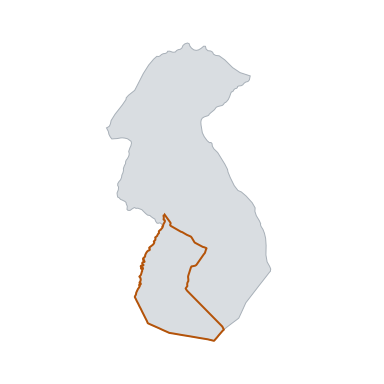 Alto Paraguay highlighted on a map of Paraguay, rotated 205°
{"feature_id": "PRY-597", "entity_name": "Alto Paraguay", "entity_type": "Department", "adm_level": 1, "iso_a3": "PRY", "parent_name": "Paraguay", "parent_adm1": "", "projection": "equal_earth", "projection_center": [-58.696, -20.855], "detail": "fine", "context": "in_parent", "style": "outline", "palette": "amber", "viewbox_px": 384, "rotation_deg": 205, "n_neighbors": 0, "source": "natural_earth", "source_scale": "10m", "svg_char_len": 6267}
<svg xmlns="http://www.w3.org/2000/svg" viewBox="0 0 384 384"><g transform="rotate(205 192 192)"><path d="M199.6,84.0L200.1,86.5L200.5,88.4L201.3,89.7L202.1,91.5L203.0,92.5L203.5,94.2L203.4,96.0L203.7,98.5L204.1,100.6L204.5,101.2L205.7,101.7L206.3,103.7L205.9,104.6L206.0,105.7L206.5,106.8L206.1,107.9L206.3,108.7L207.1,109.4L207.8,112.1L207.9,116.6L207.1,119.1L206.4,121.1L206.2,122.3L206.7,124.1L205.9,126.2L204.9,128.7L205.1,130.5L205.3,132.2L205.4,134.0L205.6,135.6L205.3,137.4L204.9,139.0L204.8,140.7L205.2,142.7L204.4,144.6L204.0,145.9L203.9,147.3L204.6,149.4L206.5,150.3L208.0,150.5L209.4,149.4L210.5,149.0L212.4,150.0L214.3,151.8L216.6,152.0L218.6,152.4L220.2,152.9L222.5,152.3L224.9,152.9L227.7,153.9L230.0,154.8L232.3,154.6L234.1,154.5L235.9,153.5L237.6,153.6L238.9,151.8L239.7,150.3L240.4,149.1L242.3,148.3L243.6,148.8L244.6,151.7L246.5,153.4L247.3,154.6L248.7,155.1L251.7,155.2L253.6,155.1L255.8,156.0L257.2,156.0L258.4,157.6L259.5,159.4L259.7,162.9L260.7,165.5L262.1,166.5L262.8,168.2L262.6,170.5L261.9,172.8L262.0,175.4L262.7,177.7L262.7,180.0L263.1,182.3L264.1,184.3L264.4,187.5L264.2,189.8L264.9,191.1L265.1,193.0L264.7,194.6L264.5,196.6L264.6,198.5L265.0,200.1L266.5,202.0L266.9,205.6L266.9,208.0L267.5,210.8L268.7,212.2L270.7,212.6L273.0,213.0L275.8,212.4L278.2,211.6L279.6,210.8L282.4,208.8L284.8,207.5L286.0,206.8L287.2,206.2L289.5,207.5L291.7,209.2L293.4,211.5L296.6,214.0L296.0,214.6L294.7,216.7L294.7,219.1L295.5,222.6L294.6,230.0L292.0,241.2L290.9,247.8L291.4,249.6L290.4,252.9L286.9,259.9L286.7,264.7L286.2,278.8L284.9,288.8L282.9,296.2L281.2,300.1L279.6,300.6L278.5,301.8L277.8,303.6L276.5,305.2L274.6,306.4L273.6,307.8L273.5,309.3L271.7,310.2L268.3,310.6L266.3,311.8L265.7,313.8L264.5,315.3L262.9,316.4L262.0,318.3L262.1,321.0L261.1,323.2L259.1,325.1L257.3,325.2L255.6,323.4L253.3,322.2L250.5,321.6L248.1,322.1L246.2,323.5L244.5,325.9L243.0,329.1L241.4,329.7L239.6,327.5L237.3,326.8L234.6,327.7L232.4,327.4L230.8,326.0L228.3,325.8L224.9,326.9L218.1,325.6L207.8,321.9L199.0,320.5L188.3,321.8L187.4,317.9L188.0,315.8L189.8,314.3L190.8,312.5L191.3,310.5L192.5,309.0L194.4,307.9L195.3,306.8L195.0,305.8L195.4,304.8L196.5,304.0L197.2,302.7L197.3,300.9L197.8,300.0L198.5,299.4L198.6,298.1L198.2,294.3L198.2,291.2L198.8,288.8L199.4,287.3L199.9,286.9L200.3,286.1L200.5,284.6L201.2,283.2L204.7,280.4L205.9,278.9L206.1,277.5L206.6,275.6L208.6,271.5L209.3,269.6L209.3,268.7L210.0,267.7L212.5,265.4L213.9,263.3L214.1,261.3L213.5,259.0L212.1,256.5L207.7,250.1L204.3,247.3L199.9,244.9L197.1,244.1L195.7,244.9L194.3,244.3L192.9,242.1L190.5,240.4L185.4,238.6L174.0,231.1L169.4,227.5L167.8,225.3L163.5,221.3L156.4,215.6L151.0,212.8L147.3,212.9L141.2,211.2L132.9,207.7L128.1,204.3L126.8,201.0L123.7,197.7L118.8,194.4L116.3,192.2L116.1,191.2L114.6,189.8L111.9,188.1L108.9,185.2L105.7,181.1L102.2,174.8L98.4,166.2L94.4,160.4L90.2,157.4L88.0,155.4L88.0,154.5L87.4,153.5L87.9,151.9L89.4,145.3L91.6,135.8L93.8,126.0L96.4,114.4L96.3,106.1L96.3,97.4L100.1,90.3L102.8,85.2L105.2,80.3L107.5,72.0L109.1,66.5L115.3,65.2L125.7,62.3L130.9,60.8L141.9,57.8L153.1,54.7L164.8,54.5L176.2,54.3L185.0,61.2L191.7,66.5L199.1,72.3L199.6,73.6L200.1,78.4L199.6,84.0Z" fill="#d9dde1" stroke="#a8b0b8" stroke-width="1"/><path d="M199.6,84.0L199.6,84.6L199.8,84.7L200.0,84.7L200.3,85.0L200.6,85.3L200.6,85.7L199.7,86.1L199.5,86.7L199.7,87.3L200.2,87.7L200.3,87.7L200.6,87.3L200.8,87.3L201.0,87.4L201.2,87.6L201.3,88.0L201.1,88.9L201.1,89.7L201.3,90.6L201.5,91.1L201.9,91.7L202.4,92.3L203.0,92.6L203.5,92.8L203.9,93.1L203.8,93.7L203.4,94.6L203.3,95.3L203.4,96.2L203.5,97.0L203.7,97.8L203.8,98.2L203.7,98.9L203.8,99.4L204.1,100.0L204.2,100.4L204.2,100.8L204.0,101.4L204.1,101.8L204.2,102.2L204.5,102.4L204.9,101.2L205.2,101.0L205.6,101.0L206.0,101.3L206.1,101.6L206.2,102.1L206.3,102.3L206.5,102.5L206.9,102.8L207.1,103.1L207.1,103.4L206.9,103.7L206.7,103.8L206.1,104.0L205.9,104.1L205.6,104.5L205.2,104.9L205.1,105.2L205.2,105.4L205.9,105.5L206.4,105.6L206.8,106.0L207.1,106.5L207.1,107.1L206.9,107.4L205.9,108.2L205.6,108.6L205.7,109.0L205.9,109.1L206.0,109.2L206.1,109.3L206.8,109.9L207.4,110.7L207.6,110.7L207.7,110.1L208.1,110.6L208.2,111.3L207.9,112.1L207.3,113.4L207.3,113.9L207.7,114.9L207.8,116.4L207.7,118.0L207.4,119.4L206.8,120.5L206.1,121.1L205.9,121.4L205.9,121.8L206.0,122.1L206.3,122.4L206.5,122.8L206.9,122.9L207.2,123.3L207.0,124.1L205.3,127.4L204.9,128.5L204.8,129.2L204.8,130.0L205.0,130.6L205.5,130.8L205.7,131.1L205.5,131.8L205.2,132.5L205.0,133.1L205.2,133.7L205.4,134.3L205.7,134.8L206.0,135.0L206.1,135.3L205.0,137.5L205.1,138.2L205.1,138.8L205.1,139.4L204.8,140.1L204.6,140.7L204.8,141.2L205.2,141.8L205.4,142.5L205.3,142.9L204.7,144.3L204.4,144.6L204.4,144.9L203.8,146.9L203.8,147.4L203.8,147.9L203.8,148.2L204.2,148.4L204.0,148.7L204.1,150.1L204.3,150.7L204.1,152.8L204.1,153.6L204.3,154.3L204.6,154.7L205.0,154.9L205.6,154.9L206.1,155.1L206.3,155.4L206.5,156.5L207.7,158.3L207.8,158.7L207.3,159.3L207.2,159.5L207.2,159.9L198.6,155.1L198.3,154.8L198.1,154.5L197.9,152.9L197.6,152.6L196.9,152.3L185.2,151.3L183.9,151.5L178.6,151.0L174.7,151.1L174.3,151.1L173.7,150.9L172.8,150.4L170.0,148.5L168.7,147.6L168.0,147.3L159.0,146.8L157.6,147.1L155.3,147.2L155.1,147.1L155.0,146.7L155.0,145.7L154.6,142.6L154.6,142.3L154.6,141.9L155.0,140.5L157.2,127.9L157.3,127.6L157.5,127.3L157.8,126.8L158.2,126.4L160.7,124.5L160.9,124.4L160.9,124.2L161.0,124.1L161.0,123.9L161.1,123.7L161.1,123.4L161.1,123.1L160.0,114.5L159.8,113.7L159.7,113.4L158.3,111.1L157.8,109.9L157.7,109.7L157.7,109.4L157.8,108.5L157.8,108.2L157.8,107.9L157.6,107.1L157.5,106.7L157.2,106.0L156.7,105.2L156.5,104.8L156.5,104.6L157.0,102.0L156.4,101.4L154.6,100.4L107.7,82.9L105.3,81.0L105.0,80.7L105.1,80.2L105.5,79.4L105.8,78.5L106.5,76.0L107.2,73.5L107.8,71.0L108.5,68.6L109.0,66.9L109.2,66.5L109.6,66.3L111.8,65.9L112.4,65.8L113.6,65.5L114.7,65.3L115.3,65.2L123.8,62.8L132.3,60.5L140.8,58.1L149.3,55.8L153.1,54.7L155.2,54.7L159.9,54.6L164.7,54.6L169.4,54.5L174.2,54.4L176.2,54.4L176.7,54.5L177.5,55.2L178.2,55.9L179.5,56.9L181.8,58.7L184.2,60.6L186.5,62.4L188.8,64.3L191.2,66.1L193.5,68.0L195.9,69.8L198.2,71.7L199.2,72.4L199.5,72.8L199.6,73.3L199.5,74.4L199.5,75.5L200.0,77.4L200.0,78.5L200.0,79.2L200.0,80.7L200.0,81.4L199.6,83.2L199.6,84.0Z" fill="none" stroke="#b45309" stroke-width="2"/></g></svg>